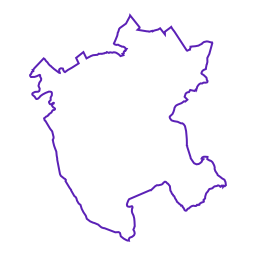 Axtla de Terrazas, San Luis Potosí, Mexico (Robinson projection)
{"feature_id": "50627088B25246558937537", "entity_name": "Axtla de Terrazas", "entity_type": "district", "adm_level": 2, "iso_a3": "MEX", "parent_name": "Mexico", "parent_adm1": "San Luis Potosí", "projection": "robinson", "projection_center": [-98.863, 21.424], "detail": "fine", "context": "isolated", "style": "outline", "palette": "violet", "viewbox_px": 256, "rotation_deg": 0, "n_neighbors": 0, "source": "geoboundaries", "source_scale": "gbopen_adm2", "svg_char_len": 5722}
<svg xmlns="http://www.w3.org/2000/svg" viewBox="0 0 256 256"><path d="M225.9,185.2L225.5,182.1L224.4,179.7L222.1,178.4L220.4,177.0L217.7,175.1L217.3,174.0L215.4,171.2L214.6,168.9L214.7,167.4L214.2,165.5L213.0,163.1L212.3,162.0L211.1,161.0L209.8,160.4L209.6,160.5L207.3,159.2L207.5,156.9L205.1,156.7L203.5,156.8L202.2,157.5L201.6,158.6L203.4,159.2L202.0,160.6L201.8,161.6L200.3,163.0L198.7,164.0L196.5,164.3L194.2,163.3L193.6,162.6L190.7,158.3L190.5,157.1L187.2,146.7L187.2,145.8L186.8,145.5L186.9,143.6L186.8,139.3L186.6,136.7L186.1,131.1L185.0,126.2L183.8,124.4L182.4,123.3L180.9,123.3L177.7,121.8L174.2,121.2L172.1,120.6L171.3,120.1L170.2,118.6L169.9,118.0L169.7,117.2L169.8,116.5L172.5,114.0L173.5,111.8L174.2,109.6L174.5,107.9L175.5,106.2L176.3,105.4L177.8,104.6L181.6,103.1L184.0,101.3L185.2,101.6L187.4,99.7L184.6,96.8L185.7,93.6L186.7,92.7L188.0,92.2L189.0,92.1L190.2,90.0L194.8,91.0L195.3,90.1L196.2,89.1L196.4,89.5L196.6,88.5L196.9,88.2L197.2,86.8L198.3,85.2L199.1,84.3L200.5,83.4L202.1,83.5L203.4,82.7L204.1,82.6L205.4,82.7L207.0,82.4L207.3,82.1L207.5,81.6L207.5,80.9L206.8,79.8L206.6,78.2L206.4,77.6L203.5,74.9L202.2,74.2L201.5,73.5L201.4,73.2L201.6,72.6L202.1,71.4L202.9,70.5L203.8,69.9L205.9,69.0L206.0,67.7L206.6,64.6L206.8,64.4L207.4,62.0L207.3,58.0L209.4,53.8L209.6,52.9L212.3,43.1L212.0,42.4L211.0,42.4L208.3,41.6L206.8,41.4L204.0,42.0L202.4,43.1L201.6,44.1L200.8,44.3L198.5,45.6L195.5,46.2L192.0,46.5L190.5,46.7L190.6,47.5L189.9,49.0L190.0,49.6L189.2,49.8L187.2,50.7L186.7,50.4L174.5,31.7L172.3,28.8L171.2,26.9L170.8,27.3L164.9,31.7L164.9,34.4L160.1,28.3L158.2,29.5L154.4,30.5L152.7,31.3L152.6,30.8L152.4,30.8L149.1,31.7L148.5,31.4L146.8,31.3L137.6,29.8L139.6,27.8L139.6,27.3L130.1,15.4L129.9,16.3L126.0,23.6L119.9,28.0L119.1,29.0L118.4,31.5L117.7,32.9L117.6,34.0L117.2,35.8L115.2,40.7L113.9,43.5L114.5,44.3L116.3,44.9L118.1,44.7L119.8,45.7L120.8,46.0L121.8,46.6L123.4,46.7L124.4,47.2L125.0,47.7L125.9,48.8L126.6,48.9L125.6,50.5L125.5,50.4L124.9,50.5L124.8,51.1L124.0,51.5L123.8,52.0L123.8,53.4L122.5,53.8L123.4,55.2L120.5,56.1L119.6,55.1L118.1,53.9L117.3,53.5L116.7,53.0L115.7,52.6L114.7,52.3L114.2,52.4L113.5,52.3L112.4,52.7L110.0,52.3L108.9,52.9L107.2,52.2L106.8,52.1L106.3,52.8L105.0,52.9L103.9,53.5L103.5,53.4L101.8,53.9L101.2,53.7L99.4,53.9L98.7,53.7L97.5,54.8L93.1,55.2L91.0,56.0L86.5,58.4L83.4,52.1L76.1,57.9L78.7,63.4L71.9,67.7L68.0,69.9L65.0,72.1L64.3,71.7L63.4,70.4L62.9,68.6L61.4,68.3L60.8,68.3L59.6,69.0L59.2,69.6L59.2,71.0L59.3,71.9L59.8,72.5L59.8,72.9L59.0,72.7L57.4,71.5L53.8,68.8L52.6,67.7L51.6,66.9L51.1,66.3L50.7,65.9L49.9,65.5L48.4,63.8L47.5,62.4L46.0,61.0L44.8,59.2L43.7,58.4L34.3,68.3L33.4,69.6L32.8,69.9L33.3,70.4L33.4,70.8L33.4,71.1L33.1,71.3L31.9,71.9L31.6,72.7L31.4,73.4L31.1,73.7L31.0,74.1L30.2,74.8L30.1,75.3L30.1,75.8L31.0,77.0L34.6,76.9L36.7,76.2L39.5,74.9L39.9,75.0L40.1,75.2L40.1,76.5L41.2,78.7L41.1,80.0L40.9,80.5L39.4,82.6L38.5,85.8L38.6,86.2L39.7,88.6L39.5,90.2L39.2,91.1L38.2,91.7L35.1,91.9L33.0,92.9L32.5,93.4L32.3,93.8L32.3,94.4L32.6,95.0L34.6,96.6L35.9,98.6L36.4,99.0L36.9,99.0L37.9,98.7L39.5,97.3L40.0,96.5L40.8,95.8L42.6,94.5L45.6,92.9L47.4,92.2L48.9,91.6L50.4,91.7L51.4,92.0L51.8,92.7L51.9,93.5L51.8,95.4L50.9,97.0L50.6,97.7L50.7,99.8L50.5,100.4L49.9,100.8L49.0,101.9L49.0,102.2L49.5,103.5L50.0,104.1L50.5,104.3L51.1,104.3L51.8,104.0L53.0,103.0L53.4,102.8L53.8,102.9L53.8,103.2L53.7,103.5L52.7,104.0L52.0,105.3L52.1,105.9L53.1,107.2L54.6,108.2L55.0,108.7L55.0,109.0L54.9,109.4L54.4,109.8L52.7,110.3L52.4,110.6L51.4,112.5L49.5,113.8L48.6,114.6L48.6,115.0L47.8,115.6L47.6,116.0L46.1,116.6L45.1,117.6L44.1,118.3L44.7,120.4L45.5,121.0L50.1,128.7L52.2,131.4L53.6,137.1L53.5,138.4L52.7,140.0L53.0,140.6L53.2,142.1L54.1,145.7L54.8,147.7L56.3,151.6L56.7,155.7L57.2,158.4L57.2,159.6L60.0,174.1L60.8,175.8L64.3,178.6L65.1,179.0L65.9,180.0L65.5,181.1L69.6,187.9L71.1,189.9L71.1,190.4L74.3,196.0L75.7,197.1L75.9,197.5L76.4,198.3L77.0,200.6L78.7,203.5L80.5,204.9L81.7,208.8L83.5,212.3L85.8,215.7L86.8,218.8L90.2,221.4L93.2,222.7L94.4,223.0L98.2,224.6L100.1,226.3L101.5,227.4L103.5,228.1L104.5,228.2L115.3,232.3L118.7,232.1L120.0,233.0L120.8,236.3L123.7,238.6L126.0,239.9L127.3,240.5L128.4,240.5L128.9,240.6L128.8,240.2L128.9,239.1L129.5,237.9L130.1,237.5L131.9,236.9L133.4,235.8L134.1,235.1L134.5,234.1L134.7,233.2L134.3,231.4L133.4,229.7L133.9,228.4L134.2,227.9L134.5,226.6L134.7,226.4L134.7,225.6L134.5,221.4L134.2,218.3L133.5,215.6L132.3,213.1L131.9,211.6L131.9,210.3L132.0,208.9L132.5,207.8L132.5,207.1L132.3,206.6L131.9,206.2L129.7,206.8L128.1,206.6L127.4,206.2L127.1,205.7L127.0,205.1L126.9,204.6L127.2,203.3L128.3,200.5L129.1,199.2L150.3,190.1L150.9,190.3L155.2,186.2L156.9,185.2L158.4,185.3L161.4,184.6L162.4,184.1L163.6,182.6L165.0,181.7L166.0,182.0L167.5,183.6L168.0,183.7L169.9,186.2L170.4,190.6L171.2,191.9L172.0,193.8L173.0,194.7L173.2,195.5L173.7,195.8L174.3,196.4L175.2,198.6L176.1,199.7L176.3,200.4L176.7,200.9L176.9,201.7L178.5,203.0L178.7,203.4L180.8,205.0L181.1,205.7L181.8,205.5L182.2,205.8L182.7,206.6L182.8,207.3L183.7,208.1L184.6,210.1L185.3,210.6L185.9,210.7L186.5,210.5L187.2,209.4L187.9,208.7L188.8,208.5L189.1,208.1L190.8,206.7L192.1,206.0L193.5,205.7L194.3,205.9L195.7,206.0L196.1,205.9L196.9,204.9L197.7,205.1L198.0,204.7L198.5,204.6L198.9,204.9L199.2,204.9L199.4,204.8L199.8,203.6L200.9,203.0L201.3,202.6L202.8,202.2L203.8,201.7L203.9,201.0L203.5,200.3L203.5,200.0L204.0,199.4L204.6,199.0L205.1,198.3L205.2,196.6L206.1,193.6L206.7,192.7L207.9,191.4L208.3,190.6L209.4,189.0L210.9,188.7L212.5,188.2L213.2,187.4L214.5,186.4L216.9,186.0L217.9,185.4L218.3,185.4L219.1,185.7L220.4,186.8L221.2,186.4L221.1,186.0L221.7,185.6L222.4,185.6L223.0,185.9L223.1,186.8L223.9,185.7L224.8,186.2L225.9,185.2Z" fill="none" stroke="#5b21b6" stroke-width="2"/></svg>